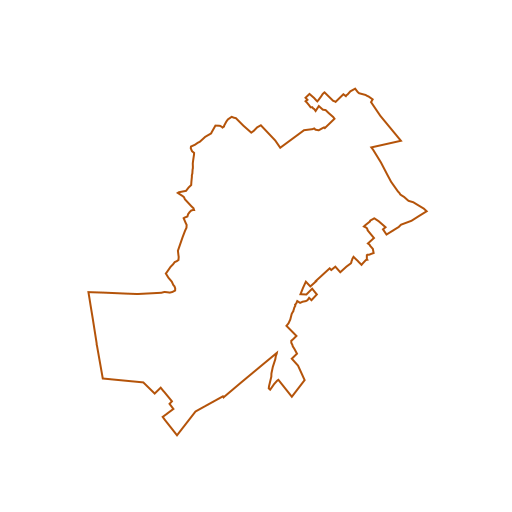 Yaxkukul, Yucatán, Mexico, rotated 313°
{"feature_id": "50627088B96135339135610", "entity_name": "Yaxkukul", "entity_type": "district", "adm_level": 2, "iso_a3": "MEX", "parent_name": "Mexico", "parent_adm1": "Yucatán", "projection": "albers", "projection_center": [-89.436, 21.056], "detail": "fine", "context": "isolated", "style": "outline", "palette": "amber", "viewbox_px": 512, "rotation_deg": 313, "n_neighbors": 0, "source": "geoboundaries", "source_scale": "gbopen_adm2", "svg_char_len": 3897}
<svg xmlns="http://www.w3.org/2000/svg" viewBox="0 0 512 512"><g transform="rotate(313 256 256)"><path d="M272.8,153.2L271.1,154.2L270.2,155.1L266.0,158.3L263.7,160.2L260.2,160.0L255.9,160.4L253.6,158.7L250.0,156.1L248.8,155.8L249.8,161.5L249.9,163.2L249.0,165.3L248.3,174.9L248.3,177.7L247.4,179.3L246.9,178.7L245.1,177.6L242.9,177.5L240.3,177.8L238.1,178.9L235.2,177.5L234.3,177.3L232.4,181.6L231.4,184.1L229.2,185.9L226.3,186.8L219.9,189.4L206.6,195.3L203.7,198.7L202.6,200.1L200.2,202.0L198.2,201.6L196.1,200.7L193.4,201.0L189.9,200.9L182.9,201.9L181.7,202.0L180.4,206.7L179.8,211.9L178.4,215.3L178.2,217.1L177.2,219.0L175.6,220.4L172.7,219.4L170.4,217.9L169.3,216.3L167.3,213.6L164.5,211.8L147.3,195.2L141.0,187.9L140.9,187.8L125.7,170.0L115.3,158.1L111.5,163.0L106.9,168.9L98.8,179.4L83.3,199.2L82.7,199.7L82.3,200.3L82.0,200.8L62.5,226.7L62.4,226.8L61.9,227.5L66.7,233.7L66.8,233.9L66.9,234.0L80.4,251.6L80.5,251.7L86.7,259.8L86.3,275.7L94.7,276.1L94.4,278.2L94.1,280.2L94.0,281.7L92.4,293.6L88.9,293.6L87.8,299.9L74.7,297.5L74.0,301.0L71.0,320.5L101.0,317.8L110.0,320.7L130.8,327.5L130.5,328.7L130.8,328.7L152.6,331.3L180.9,334.9L199.4,337.3L198.8,337.7L196.4,338.7L193.7,340.5L187.5,343.4L186.4,343.9L180.6,347.4L178.2,349.5L169.7,354.3L167.9,355.6L167.9,357.5L171.2,357.1L174.6,356.6L179.2,356.5L180.7,356.8L177.5,378.2L198.4,376.2L204.5,361.5L205.3,352.2L212.5,352.6L213.8,348.8L214.4,346.9L214.9,344.9L214.9,344.7L215.8,343.2L216.6,341.0L218.1,339.6L218.8,339.7L220.3,339.9L225.1,340.1L225.7,325.9L228.9,325.7L232.9,324.4L238.0,321.6L240.0,321.1L241.0,321.0L241.7,320.5L242.5,320.2L244.4,319.2L246.4,318.7L247.0,317.8L248.8,317.8L250.0,317.3L251.2,316.9L251.8,320.2L254.4,321.3L257.0,323.2L258.8,323.8L261.6,323.4L261.5,326.7L269.4,326.7L269.7,324.2L270.4,319.4L262.2,319.1L258.4,314.6L264.8,312.1L271.2,310.0L270.8,316.5L278.5,317.2L278.5,316.8L297.2,318.3L297.1,320.6L302.3,321.3L301.6,328.7L310.0,329.4L315.4,330.4L316.5,330.0L317.3,329.4L318.3,329.1L319.7,328.4L321.9,327.9L321.8,331.5L321.8,334.2L321.7,334.5L321.6,337.0L321.5,339.2L323.2,339.1L327.9,339.1L329.0,339.8L329.0,339.7L329.1,339.4L329.4,339.1L332.2,336.5L332.9,336.6L333.8,337.6L334.5,338.1L335.9,338.7L338.4,340.0L340.9,336.6L341.3,332.4L341.7,331.5L341.5,329.3L349.6,330.0L350.9,320.1L351.5,319.4L352.0,317.7L351.2,314.8L352.9,314.9L359.0,315.8L359.7,315.4L360.4,315.6L361.2,315.8L361.6,316.0L364.2,316.8L364.3,317.2L365.1,322.0L365.4,331.1L362.1,330.7L360.7,336.8L372.8,340.1L374.5,340.6L375.4,340.6L377.8,340.7L387.8,345.7L396.3,347.9L405.1,350.3L405.1,346.4L403.2,337.4L402.6,334.4L400.4,330.0L400.3,329.0L400.2,324.1L399.6,321.0L399.4,319.6L399.9,317.8L400.0,315.8L402.4,304.2L405.0,296.6L409.6,283.6L413.6,269.1L414.1,266.3L439.1,283.4L443.3,251.3L447.0,235.2L450.1,234.5L449.4,229.3L449.0,228.6L448.5,226.3L445.3,220.3L445.3,218.4L446.0,214.4L440.8,212.7L436.5,212.8L435.4,212.5L434.2,212.7L433.9,209.6L423.0,209.1L422.9,208.4L422.1,206.6L422.4,194.5L421.8,194.4L419.9,194.3L417.1,194.8L412.6,195.3L410.9,195.4L410.9,194.0L411.2,190.7L411.1,187.8L411.0,184.6L405.5,184.3L405.3,187.1L403.0,186.7L402.9,188.8L402.8,189.4L402.5,191.8L402.0,194.6L403.2,195.7L402.9,197.2L403.2,198.3L402.7,200.7L408.5,199.7L408.6,205.1L410.2,207.4L410.1,211.5L410.3,217.7L409.9,219.8L396.5,219.1L396.5,218.1L394.1,217.2L392.2,216.6L390.7,216.1L388.9,213.3L389.0,212.4L389.0,211.6L387.3,210.8L380.7,205.3L380.0,205.2L351.7,199.9L353.6,191.3L354.9,170.4L350.9,169.1L345.9,169.0L343.0,168.4L342.7,158.0L343.1,147.3L342.0,145.4L341.2,143.3L336.8,142.3L334.2,142.6L329.6,143.8L328.9,144.3L327.1,143.9L327.2,143.2L326.7,141.0L325.7,139.7L323.7,137.4L315.8,139.3L315.1,139.6L308.6,137.6L301.2,137.0L299.1,136.2L295.8,135.5L291.7,133.8L290.3,134.8L289.0,137.8L289.2,140.4L287.9,141.5L283.1,144.8L281.3,146.1L280.5,146.7L278.1,149.1L276.7,150.3L276.3,150.4L272.9,153.2L272.8,153.2Z" fill="none" stroke="#b45309" stroke-width="2"/></g></svg>